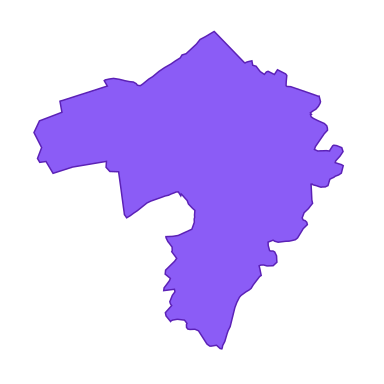 the district of Abu Hammad, Ash Sharqiyah, Egypt, rotated 176°
{"feature_id": "37247803B30253280006981", "entity_name": "Abu Hammad", "entity_type": "district", "adm_level": 2, "iso_a3": "EGY", "parent_name": "Egypt", "parent_adm1": "Ash Sharqiyah", "projection": "mercator", "projection_center": [31.677, 30.543], "detail": "fine", "context": "isolated", "style": "filled", "palette": "violet", "viewbox_px": 384, "rotation_deg": 176, "n_neighbors": 0, "source": "geoboundaries", "source_scale": "gbopen_adm2", "svg_char_len": 3488}
<svg xmlns="http://www.w3.org/2000/svg" viewBox="0 0 384 384"><g transform="rotate(176 192 192)"><path d="M206.3,56.4L205.8,55.6L203.6,55.0L199.2,54.9L198.5,54.8L195.2,53.1L187.7,39.3L186.2,38.0L184.9,37.0L183.8,36.9L178.2,37.4L174.9,33.9L173.2,33.4L172.7,34.4L172.1,36.7L169.7,40.6L166.8,48.4L165.6,51.2L163.3,55.1L162.4,57.9L157.3,73.7L156.7,75.0L155.0,78.7L152.0,83.7L150.3,85.4L145.2,88.6L141.8,90.3L139.8,91.7L139.7,91.8L137.3,95.2L130.4,103.0L128.8,103.9L129.7,110.8L130.2,113.7L128.5,114.3L125.7,114.2L122.3,113.0L116.2,112.8L112.2,116.0L112.2,119.0L112.1,122.4L113.7,126.4L115.3,127.5L117.6,127.6L118.7,128.2L119.7,133.3L119.6,136.7L116.0,137.8L114.5,138.3L112.9,137.1L111.2,136.5L109.6,135.9L102.3,136.3L98.4,136.2L97.8,136.3L95.6,136.6L92.2,137.2L89.9,138.8L83.6,147.7L79.2,151.4L79.6,153.8L81.2,155.6L82.9,156.2L83.5,157.4L83.9,158.5L81.6,163.5L77.0,167.3L75.0,169.6L72.5,172.3L73.0,175.7L72.8,184.1L72.7,190.3L72.7,191.5L71.5,191.5L71.0,190.9L69.9,190.4L67.6,189.7L64.9,188.5L63.0,187.8L61.5,187.9L58.7,187.8L55.9,188.9L53.6,195.1L51.3,196.1L49.6,196.7L47.9,197.8L46.8,198.1L44.5,198.8L41.7,200.4L39.3,207.7L41.0,208.9L42.6,209.5L47.1,211.3L46.5,213.0L41.9,217.4L38.5,221.8L39.5,225.8L44.5,228.2L47.3,228.8L48.4,228.3L51.3,224.4L51.9,223.3L55.2,223.9L59.1,224.0L60.8,224.1L63.6,224.1L65.8,225.3L66.9,225.9L65.7,228.7L56.0,240.9L54.8,242.0L52.5,244.2L52.5,246.5L53.0,248.7L55.2,251.1L61.8,254.6L65.7,256.9L67.9,258.7L68.4,261.0L67.5,261.1L68.4,262.7L65.0,264.8L62.7,265.9L59.9,268.7L58.1,271.5L57.5,273.1L58.0,276.0L58.5,278.8L59.7,278.8L60.8,279.4L86.2,290.2L90.0,290.7L90.7,291.4L90.6,293.1L90.2,296.2L89.3,301.6L90.4,303.3L98.2,308.0L101.6,303.5L107.7,307.1L109.4,306.6L111.6,304.3L115.5,307.3L117.4,310.1L119.3,313.0L122.6,314.2L123.1,318.7L126.4,318.2L128.7,317.7L130.1,317.0L130.8,317.5L157.2,348.9L158.2,350.1L158.7,350.6L168.3,345.8L173.3,343.6L177.3,339.2L187.0,331.4L188.1,330.4L192.4,329.4L194.4,326.6L199.5,323.9L204.0,321.2L210.7,318.0L216.4,314.7L223.2,309.8L227.2,307.7L233.4,303.3L235.2,302.2L236.2,301.7L237.3,301.9L239.0,302.3L240.1,304.0L242.8,305.8L246.7,306.5L251.2,307.7L252.9,308.3L256.7,309.5L262.3,310.8L265.2,310.6L266.3,310.5L267.3,310.4L268.5,310.2L270.7,309.9L271.8,309.2L269.1,303.6L314.6,292.4L316.7,292.0L317.4,291.8L316.2,280.6L321.4,279.0L339.2,273.6L345.5,262.3L343.1,256.7L338.9,246.8L343.8,236.2L341.8,232.2L335.5,232.6L329.3,220.3L309.5,225.2L286.8,227.4L275.2,228.5L276.0,222.6L272.5,218.2L263.8,217.3L262.6,199.5L261.5,181.9L261.1,176.3L261.1,175.8L261.0,174.1L260.2,172.9L259.4,171.5L259.0,170.8L255.2,172.7L251.8,174.9L247.9,177.1L237.7,184.2L233.7,185.8L229.0,187.1L222.5,188.9L219.1,189.9L215.7,190.4L212.9,191.5L209.5,192.5L207.9,193.1L205.6,193.0L203.5,189.0L202.9,190.7L201.8,189.5L199.6,186.6L197.4,183.8L196.4,180.3L193.1,176.3L192.5,175.6L190.9,174.0L190.4,173.4L191.1,168.9L191.1,166.7L191.4,165.7L191.7,165.0L191.8,161.6L193.5,157.7L194.7,154.9L200.8,152.6L208.8,149.6L214.4,149.1L221.1,149.3L221.1,148.2L219.5,144.2L217.9,141.9L215.7,138.4L215.8,135.0L216.4,133.9L214.1,130.3L211.9,126.9L214.2,124.1L216.9,121.8L219.6,119.5L223.8,115.9L224.5,111.9L223.9,111.4L219.6,107.3L220.7,105.1L224.1,101.1L226.5,98.4L227.1,95.6L221.5,95.9L216.3,96.2L216.0,93.6L218.8,90.3L221.8,84.1L221.3,81.9L220.2,80.1L220.7,79.6L222.5,77.9L227.0,73.5L226.8,71.9L226.5,70.1L222.4,64.3L221.8,65.0L220.1,65.6L216.2,66.0L215.1,66.0L208.4,64.7L206.2,61.3L206.8,60.1L206.9,57.3L206.3,56.4Z" fill="#8b5cf6" stroke="#5b21b6" stroke-width="1.5"/></g></svg>